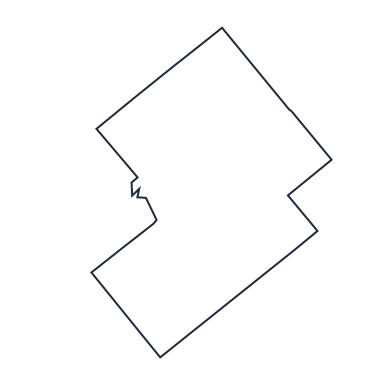 White, Indiana, United States of America (Natural Earth projection), rotated 141°
{"feature_id": "52423323B46958637161995", "entity_name": "White", "entity_type": "district", "adm_level": 2, "iso_a3": "USA", "parent_name": "United States of America", "parent_adm1": "Indiana", "projection": "natural_earth1", "projection_center": [-86.852, 40.737], "detail": "fine", "context": "isolated", "style": "outline", "palette": "slate", "viewbox_px": 384, "rotation_deg": 141, "n_neighbors": 0, "source": "geoboundaries", "source_scale": "gbopen_adm2", "svg_char_len": 457}
<svg xmlns="http://www.w3.org/2000/svg" viewBox="0 0 384 384"><g transform="rotate(141 192 192)"><path d="M320.8,83.5L147.2,82.5L119.1,82.7L119.1,92.7L119.6,129.0L63.2,129.2L63.8,192.3L64.6,195.0L65.3,300.7L112.1,301.1L121.9,301.3L140.7,301.4L177.9,301.5L226.5,301.2L225.1,237.6L233.0,237.4L240.8,226.8L231.0,227.7L237.8,222.3L231.5,216.4L237.1,192.6L241.8,191.6L282.5,192.3L320.8,192.8L320.8,83.5Z" fill="none" stroke="#1e293b" stroke-width="2"/></g></svg>